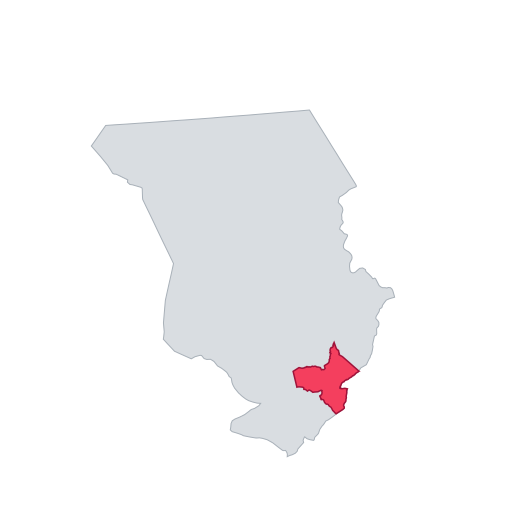 Moyen-Chari highlighted on a map of Chad, rotated 329°
{"feature_id": "TCD-5583", "entity_name": "Moyen-Chari", "entity_type": "Prefecture", "adm_level": 1, "iso_a3": "TCD", "parent_name": "Chad", "parent_adm1": "", "projection": "albers", "projection_center": [18.828, 9.32], "detail": "fine", "context": "in_parent", "style": "filled", "palette": "rose", "viewbox_px": 512, "rotation_deg": 329, "n_neighbors": 0, "source": "natural_earth", "source_scale": "10m", "svg_char_len": 7914}
<svg xmlns="http://www.w3.org/2000/svg" viewBox="0 0 512 512"><g transform="rotate(329 256 256)"><path d="M377.0,158.4L377.1,168.9L377.3,179.4L377.5,189.9L377.6,200.5L377.8,211.1L377.9,221.6L378.1,232.2L378.3,242.8L378.3,246.3L378.1,247.7L377.9,247.9L377.5,248.2L372.0,247.3L369.5,247.3L366.2,248.1L361.2,248.5L358.0,248.4L355.8,250.3L354.1,252.5L355.0,257.8L354.8,259.5L354.1,261.4L352.6,262.9L351.1,264.2L350.3,265.3L349.2,267.7L348.3,268.8L348.4,270.3L348.2,271.9L347.3,272.7L345.0,273.3L343.5,274.1L342.3,275.2L341.5,276.1L341.9,277.2L342.5,278.7L342.9,281.0L343.1,282.4L344.3,283.5L345.0,284.3L345.2,285.3L344.6,286.1L341.8,287.9L340.6,288.5L339.3,289.4L338.9,289.7L336.8,291.4L335.8,292.8L335.3,294.0L335.3,295.7L336.4,298.1L337.6,300.2L338.0,301.8L338.3,303.6L338.2,305.2L337.6,306.7L336.6,308.0L332.7,310.4L330.8,313.1L329.3,316.4L328.9,318.2L329.4,319.3L330.2,320.3L331.3,320.8L333.0,321.0L335.9,320.4L338.5,320.0L341.3,321.2L342.8,323.9L342.2,325.9L343.3,329.5L344.3,333.8L344.2,335.3L344.6,335.8L346.4,336.1L346.8,337.1L346.3,344.8L347.1,346.9L348.3,348.5L349.6,349.2L351.0,350.2L351.7,350.9L353.2,351.1L355.0,352.5L355.5,354.3L355.4,356.1L354.4,360.0L353.6,362.7L352.6,362.5L350.6,361.9L348.1,361.3L345.0,360.9L342.1,362.0L339.0,363.4L338.0,364.5L337.1,365.1L335.7,365.0L334.4,365.2L333.8,366.2L332.6,367.2L328.1,369.5L327.1,370.4L326.6,371.2L326.6,372.1L327.1,373.9L327.1,376.2L326.1,378.0L324.9,379.2L323.6,379.7L322.4,380.0L321.7,380.8L319.4,384.9L318.3,385.7L316.3,385.6L310.3,391.9L309.7,393.8L307.5,396.4L304.8,399.3L302.3,400.7L302.1,401.3L301.4,401.8L299.9,402.5L294.6,406.0L288.3,405.9L285.4,407.3L282.7,407.9L278.7,408.6L277.5,408.5L272.4,408.8L266.4,408.7L264.0,409.3L261.9,410.6L260.3,411.8L260.0,412.2L260.3,412.7L260.2,413.1L264.4,415.9L265.5,417.4L264.4,418.7L263.9,418.9L263.9,419.0L263.2,420.1L260.7,423.4L256.9,427.2L255.0,428.3L254.2,429.0L253.3,431.6L252.6,432.0L250.0,432.3L244.9,432.6L237.8,433.4L233.6,433.7L230.9,433.4L227.2,435.2L225.9,435.6L225.0,435.8L221.4,437.5L218.3,440.1L217.2,440.6L212.9,441.7L211.2,443.5L210.4,443.7L207.6,441.2L205.7,439.0L204.8,436.8L204.7,436.1L204.2,436.2L202.7,437.2L201.4,438.3L200.8,440.4L196.3,441.8L192.5,443.0L190.7,444.6L188.0,445.3L184.6,445.0L182.0,444.3L179.4,444.1L180.7,442.2L181.2,440.7L181.3,439.0L181.1,437.8L179.6,437.2L178.6,436.2L176.4,430.7L174.2,424.9L171.0,419.3L167.6,415.6L165.0,413.4L164.2,413.1L162.9,412.4L162.0,411.8L157.4,407.9L152.7,403.6L151.5,401.6L149.1,398.7L146.4,395.7L145.1,394.3L144.4,391.8L146.3,389.6L148.3,386.8L150.8,385.0L154.0,384.9L159.2,385.7L164.8,386.1L170.3,385.5L171.8,385.2L173.2,385.2L176.2,385.9L181.4,385.8L184.1,384.7L181.2,382.7L178.1,379.6L175.2,376.2L173.5,373.2L171.9,369.2L170.5,364.4L169.6,358.1L169.8,354.5L170.3,352.0L171.9,347.9L170.9,345.4L171.1,343.5L171.0,340.6L170.5,339.1L168.6,334.3L168.2,333.7L166.4,330.4L165.7,324.8L163.8,321.1L160.5,319.3L158.7,317.2L158.1,313.3L156.9,312.3L151.8,310.9L147.6,310.8L144.6,306.5L140.7,300.9L137.1,295.7L134.9,285.5L133.7,279.6L135.2,277.8L138.3,273.7L142.2,265.7L151.0,253.5L155.5,247.3L164.4,237.9L175.3,226.5L181.4,220.0L182.5,208.2L183.6,195.7L184.5,186.2L185.6,175.1L186.5,165.7L187.1,158.9L188.0,149.3L188.8,147.5L193.0,140.0L193.3,139.0L192.6,137.7L186.7,131.3L184.8,129.8L183.8,126.5L185.3,124.7L178.3,113.9L176.5,112.6L175.7,111.2L175.7,109.3L175.6,101.9L173.9,90.3L171.5,76.9L179.9,73.2L186.3,70.3L194.4,66.7L201.9,70.5L212.7,76.1L223.5,81.6L234.4,87.2L245.3,92.7L256.2,98.2L267.1,103.8L278.0,109.3L288.9,114.8L299.9,120.2L310.9,125.7L321.8,131.2L332.8,136.6L343.9,142.1L354.9,147.5L365.9,153.0L377.0,158.4Z" fill="#d9dde1" stroke="#a8b0b8" stroke-width="1"/><path d="M284.9,407.6L284.5,407.4L284.2,407.9L283.9,408.0L282.0,407.9L281.5,407.9L280.8,408.1L280.6,408.1L280.4,408.2L279.8,408.4L279.7,408.5L278.4,408.6L278.0,408.8L277.4,408.4L276.7,408.5L276.0,408.8L275.5,408.8L275.2,408.9L274.9,408.8L273.1,408.8L272.9,408.7L272.0,409.0L271.6,409.1L271.2,409.1L270.8,409.0L270.4,408.8L270.1,408.6L269.9,408.9L269.7,408.8L269.4,408.6L269.1,408.5L268.9,408.5L268.4,408.6L267.5,408.6L267.2,408.8L267.0,409.0L266.9,409.1L266.3,408.9L266.1,409.0L265.9,409.0L265.3,408.8L264.4,409.0L263.4,409.5L262.9,409.9L262.6,410.2L262.4,410.3L262.3,410.5L261.8,410.8L261.4,411.0L261.2,411.0L261.0,411.3L261.0,411.6L260.8,411.7L260.6,411.7L260.4,411.6L259.8,412.4L259.8,412.7L260.2,413.1L260.6,412.8L260.8,413.1L260.9,413.5L261.0,413.8L261.2,414.0L264.1,415.2L264.3,415.6L264.7,415.8L265.4,416.4L265.9,416.9L265.1,417.4L264.9,417.8L264.6,417.9L264.4,418.1L263.4,420.0L261.0,422.7L260.8,423.2L260.6,423.8L260.3,424.2L259.5,424.9L258.5,426.4L258.0,426.9L257.6,427.1L256.2,427.6L255.2,428.1L254.4,428.8L253.9,429.7L253.9,430.9L253.2,431.9L251.3,432.3L243.4,432.5L242.9,431.1L242.6,429.4L242.2,427.9L242.3,426.6L242.4,424.9L242.3,424.0L241.7,422.9L241.4,421.9L241.4,420.6L240.9,419.8L240.0,419.2L239.6,418.2L239.4,416.7L239.6,415.3L239.8,414.6L239.6,413.8L239.1,413.3L238.3,412.9L237.9,412.7L237.9,412.3L238.0,412.0L238.4,411.9L238.4,411.7L238.2,411.5L238.5,408.9L238.8,408.7L239.0,408.9L239.4,409.1L239.8,408.7L240.1,408.6L240.4,408.7L240.8,408.6L241.4,408.1L242.1,407.3L242.6,406.4L242.7,405.6L242.9,405.5L243.2,405.3L242.6,404.6L241.1,404.4L239.2,404.3L237.6,403.5L235.8,402.6L234.5,402.1L234.2,401.3L233.5,399.7L233.0,398.8L232.5,398.2L230.5,398.3L230.0,396.7L229.4,395.7L228.4,395.0L228.5,394.9L228.9,393.7L229.0,393.4L228.9,393.2L228.6,392.7L228.1,392.2L225.8,390.5L224.1,389.6L223.9,389.6L223.5,389.5L228.4,374.0L235.3,373.8L235.5,373.9L235.6,374.0L237.6,375.9L237.7,376.0L237.9,376.1L238.2,376.1L238.4,376.2L238.7,376.4L238.8,376.5L239.2,376.5L239.8,376.7L240.0,376.7L240.1,376.8L240.3,376.9L240.6,376.7L240.8,376.8L241.0,376.8L241.5,376.9L241.6,377.0L241.8,377.2L242.0,377.2L242.3,376.9L242.6,376.9L242.8,377.0L243.0,377.3L243.0,377.6L243.2,377.8L243.3,377.9L243.5,377.9L243.6,378.0L243.8,378.2L244.4,378.2L244.5,378.3L244.7,378.6L244.8,378.8L245.3,379.0L245.5,379.2L245.6,379.3L246.7,379.3L247.2,379.5L247.4,379.5L247.6,379.5L248.0,380.0L248.3,380.3L248.6,380.4L249.8,380.8L250.0,380.9L250.1,381.0L250.3,381.3L250.4,381.5L250.6,381.6L250.8,382.1L251.1,382.6L251.3,382.8L251.5,382.9L251.8,382.9L251.9,383.0L252.4,383.5L252.5,383.6L252.8,383.8L252.9,384.0L253.0,384.2L253.0,384.3L253.2,384.5L253.5,384.6L253.7,384.8L253.7,385.0L253.5,387.2L253.5,387.3L253.8,387.5L254.0,387.5L254.4,387.5L254.6,387.5L254.8,387.7L255.3,388.2L255.6,388.4L255.8,388.4L256.0,388.3L256.5,388.2L257.2,388.0L257.3,388.0L257.4,387.8L257.9,385.6L258.1,385.3L258.4,385.2L261.6,385.2L262.9,385.0L263.8,384.6L264.1,384.3L264.4,384.0L264.8,383.6L265.1,383.1L265.2,382.9L265.4,382.7L265.5,382.4L265.8,382.3L266.0,382.2L266.4,381.9L266.6,381.9L266.8,381.9L266.9,381.6L267.0,381.2L267.4,380.5L267.5,380.3L267.6,380.2L267.8,380.1L268.0,380.1L268.2,379.9L268.3,379.7L268.5,379.5L268.6,379.3L268.7,379.1L268.8,378.9L269.2,378.7L269.4,378.5L269.5,378.4L269.6,378.2L269.9,378.1L270.0,378.1L270.0,377.9L269.8,377.8L269.7,377.7L269.8,377.5L269.8,377.4L269.8,377.2L269.7,377.1L269.5,376.9L269.8,376.7L270.1,376.7L270.3,376.6L270.4,376.4L270.4,376.2L270.5,376.0L270.7,375.9L270.8,375.9L270.8,375.7L270.7,375.5L270.7,375.3L270.8,375.2L271.1,374.9L271.2,374.7L271.4,374.3L271.8,374.0L272.0,373.8L272.2,373.7L272.4,373.6L272.6,373.5L272.8,373.4L273.0,373.4L273.2,373.2L273.3,373.2L273.5,373.2L273.6,373.3L273.6,373.5L273.8,373.6L274.2,373.6L274.4,373.6L275.0,373.4L275.3,373.4L275.5,373.3L276.0,372.4L276.0,372.1L276.3,372.1L276.5,372.2L276.8,371.8L276.9,371.6L277.0,371.5L277.2,371.4L277.3,371.2L277.2,371.1L277.3,371.0L277.4,370.9L278.0,370.7L278.4,370.4L277.2,376.6L277.4,378.2L277.7,378.5L277.9,379.2L278.0,379.5L278.0,379.8L277.9,380.0L277.8,380.3L277.6,380.5L277.4,381.1L277.4,381.5L277.1,381.9L277.1,382.0L277.2,382.4L277.1,382.6L276.7,382.9L276.6,383.0L276.4,383.2L276.4,383.4L276.5,383.6L278.3,386.9L284.9,407.6L284.9,407.6Z" fill="#f43f5e" stroke="#9f1239" stroke-width="1.5"/></g></svg>